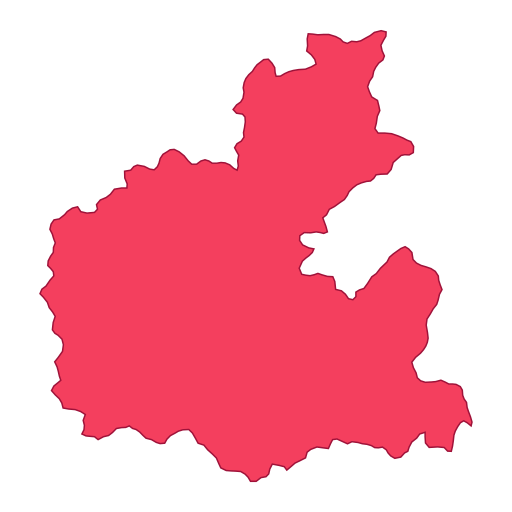 São Domingos do Prata, Minas Gerais, Brazil
{"feature_id": "56859067B42582373576108", "entity_name": "São Domingos do Prata", "entity_type": "district", "adm_level": 2, "iso_a3": "BRA", "parent_name": "Brazil", "parent_adm1": "Minas Gerais", "projection": "albers", "projection_center": [-42.883, -19.879], "detail": "fine", "context": "isolated", "style": "filled", "palette": "rose", "viewbox_px": 512, "rotation_deg": 0, "n_neighbors": 0, "source": "geoboundaries", "source_scale": "gbopen_adm2", "svg_char_len": 4915}
<svg xmlns="http://www.w3.org/2000/svg" viewBox="0 0 512 512"><path d="M220.8,467.9L226.2,470.5L231.1,470.9L235.7,471.1L240.7,471.5L245.1,474.1L248.1,477.2L250.5,481.3L256.2,481.3L261.0,477.6L266.0,476.7L268.7,473.9L269.8,469.0L272.3,464.1L279.2,465.4L284.3,466.7L286.8,470.1L290.6,466.9L295.0,463.1L300.9,460.2L305.5,457.9L307.1,452.2L310.7,449.4L316.9,447.0L322.9,447.8L328.4,448.5L330.5,443.7L332.6,439.6L337.0,439.0L342.5,441.5L347.5,443.8L351.9,441.7L358.1,442.5L362.2,443.7L367.0,444.3L371.4,445.6L374.7,447.6L378.4,447.8L382.5,447.1L386.3,449.8L388.1,453.0L390.7,455.9L394.8,458.3L400.8,457.1L404.6,452.9L407.8,451.3L409.1,447.1L411.8,442.0L416.7,438.1L419.7,434.0L425.1,432.3L425.1,436.7L425.5,443.0L429.2,447.4L437.6,446.9L444.2,447.5L447.6,451.1L451.3,451.3L452.5,446.2L453.3,440.7L453.9,435.2L455.3,431.0L457.7,426.6L460.4,422.7L463.7,420.8L467.3,422.8L471.1,425.9L472.0,422.1L470.5,416.9L468.4,411.3L467.1,407.5L466.5,402.4L464.1,399.0L462.7,395.3L462.3,390.1L460.3,386.6L456.1,384.4L452.4,384.0L448.8,384.0L445.2,382.1L440.9,380.2L435.7,381.6L431.5,382.0L425.3,382.3L420.6,380.8L417.3,377.8L416.1,372.9L413.4,367.7L411.8,362.2L415.6,357.3L420.5,353.2L423.5,349.7L425.8,346.1L427.3,342.4L428.1,338.2L427.5,332.7L426.2,325.1L427.0,319.0L430.3,313.9L433.2,308.8L436.7,304.4L438.1,300.1L439.5,294.2L442.0,289.6L440.1,284.7L438.7,280.3L438.3,276.0L435.3,271.4L431.0,268.6L426.1,266.9L421.0,265.4L416.5,263.1L413.0,259.5L411.9,252.5L408.6,248.9L405.1,246.7L400.9,248.5L396.8,251.4L393.2,254.0L389.5,257.2L387.0,262.0L380.4,268.3L376.3,273.6L371.8,276.8L367.5,283.6L363.9,288.5L359.5,289.9L355.9,292.1L355.9,296.7L352.9,299.7L348.5,298.7L345.4,294.2L341.4,290.8L335.6,289.4L334.8,281.5L332.8,276.7L327.4,276.4L321.9,274.8L317.9,273.4L314.3,274.7L310.1,275.7L305.8,275.2L301.7,274.3L299.2,268.2L302.4,261.1L305.9,258.0L309.1,255.6L312.3,252.5L313.9,248.9L308.8,247.9L302.6,244.9L299.6,240.4L299.8,235.7L304.2,232.6L310.7,232.8L316.2,231.9L320.1,232.5L323.7,233.4L327.4,231.9L325.9,226.4L324.2,221.8L322.8,217.8L326.5,214.8L329.3,209.3L334.5,206.5L340.0,202.5L344.4,199.5L347.2,195.5L349.0,191.7L352.8,187.9L356.8,184.8L361.3,182.9L366.5,181.4L370.5,181.0L373.7,178.4L376.1,174.8L380.9,174.2L387.2,174.0L391.1,169.5L393.2,162.5L397.7,158.5L401.2,155.4L404.7,154.7L409.2,154.9L413.3,152.6L413.6,146.5L410.8,141.6L406.9,140.1L403.0,138.0L398.0,135.9L391.6,133.7L385.0,133.1L378.1,133.1L374.9,128.6L376.3,123.3L377.3,116.4L379.8,110.6L378.9,106.2L377.5,100.5L371.7,96.9L369.4,91.8L367.6,86.7L369.7,81.0L372.6,76.8L373.7,71.3L375.7,67.3L378.7,63.1L382.9,59.9L384.4,56.0L382.1,50.8L380.9,45.3L383.5,40.2L385.9,36.2L386.1,31.9L381.1,30.7L374.4,32.4L370.2,35.6L365.6,38.1L360.8,40.8L356.7,41.8L351.6,41.3L347.3,43.4L343.1,41.9L340.3,39.0L335.7,36.6L328.9,34.5L323.3,34.5L317.8,34.8L312.7,34.1L308.2,33.8L307.2,38.9L307.6,45.9L306.7,51.0L311.4,54.9L314.8,59.4L316.1,64.1L311.4,66.8L305.4,69.2L298.7,69.6L293.2,70.5L288.9,71.7L284.7,73.6L280.5,76.1L276.1,76.3L275.1,72.6L274.7,67.6L272.0,63.2L268.3,59.2L263.7,59.6L260.4,62.2L257.1,64.7L254.6,67.9L252.4,71.4L248.8,74.7L245.9,78.5L244.2,82.5L243.2,87.8L244.0,92.2L243.0,98.3L240.7,102.0L236.6,104.9L233.1,109.5L236.5,113.2L242.5,114.1L245.0,117.0L245.3,121.9L244.5,127.6L243.5,132.6L244.0,137.1L241.3,141.1L237.0,143.7L234.6,147.7L236.5,151.3L238.7,155.1L237.7,160.8L238.3,166.1L237.1,170.2L233.7,168.4L229.7,164.8L225.1,162.9L221.0,162.5L216.9,163.2L212.2,163.2L208.9,161.0L205.0,159.8L200.9,161.0L196.6,164.2L191.7,164.2L188.1,160.8L184.1,155.8L179.1,151.8L174.2,149.4L170.1,149.8L167.1,151.8L163.0,154.3L160.2,158.5L159.0,163.2L157.4,166.7L154.2,169.8L149.7,169.1L144.3,166.4L137.3,165.1L133.8,166.6L130.7,170.2L124.6,171.2L124.8,178.0L127.2,183.9L126.9,188.0L121.6,188.0L114.4,189.2L110.4,194.3L106.2,197.5L100.3,200.0L96.5,204.6L97.5,209.2L94.5,212.4L87.0,213.1L80.8,211.7L77.6,206.8L72.4,208.1L67.3,211.5L64.7,214.6L59.3,218.9L54.0,219.9L51.1,224.1L49.9,229.3L52.3,234.0L53.7,238.7L55.3,242.9L53.5,247.5L53.3,252.4L50.6,256.2L48.2,260.9L47.8,265.6L50.6,268.4L53.3,271.7L53.8,275.9L50.1,280.1L46.0,286.1L41.9,289.2L40.0,293.7L43.4,297.2L47.4,302.3L49.2,307.6L52.7,312.1L55.2,316.4L53.2,322.5L52.4,329.8L54.9,333.3L58.0,335.2L62.0,339.2L63.4,344.7L62.5,351.4L58.1,357.6L54.7,361.8L57.1,366.9L58.2,370.9L59.4,376.2L60.8,380.3L57.6,383.0L53.9,386.0L51.5,390.6L55.3,394.9L59.3,398.7L61.8,403.0L63.1,408.0L68.6,409.0L75.2,409.6L80.6,411.5L85.3,414.5L83.2,420.4L84.4,425.3L84.0,429.7L81.9,434.0L86.0,435.9L89.9,436.3L94.5,436.7L98.1,439.6L103.5,436.7L108.6,435.5L112.5,432.5L116.4,428.5L121.5,427.6L125.7,427.4L129.3,425.9L132.5,428.4L136.1,429.5L139.7,432.0L143.0,435.4L146.0,438.2L151.5,439.6L156.3,442.4L160.1,443.6L164.7,443.2L166.9,439.2L170.4,435.6L175.1,433.1L178.3,431.2L182.8,429.8L188.8,429.5L192.4,433.0L195.4,438.2L198.1,443.2L203.9,445.1L207.7,449.8L212.4,454.0L216.4,458.0L218.8,463.6L220.8,467.9Z" fill="#f43f5e" stroke="#9f1239" stroke-width="1.5"/></svg>